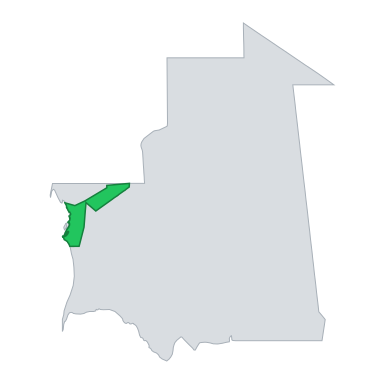 location of Chami, Inchiri, Mauritania
{"feature_id": "47542326B60250303477597", "entity_name": "Chami", "entity_type": "district", "adm_level": 2, "iso_a3": "MRT", "parent_name": "Mauritania", "parent_adm1": "Inchiri", "projection": "robinson", "projection_center": [-16.149, 20.164], "detail": "fine", "context": "in_parent", "style": "filled", "palette": "green", "viewbox_px": 384, "rotation_deg": 0, "n_neighbors": 0, "source": "geoboundaries", "source_scale": "gbopen_adm2", "svg_char_len": 5653}
<svg xmlns="http://www.w3.org/2000/svg" viewBox="0 0 384 384"><path d="M162.7,359.2L162.2,359.0L159.7,357.1L158.5,354.8L156.5,353.0L153.7,351.9L151.9,350.6L151.1,349.1L150.1,348.1L149.0,347.6L148.9,347.0L149.2,346.3L148.9,344.9L147.3,341.9L145.8,340.5L144.5,340.7L143.8,340.3L143.4,339.7L143.2,338.7L142.3,337.8L140.8,337.5L139.6,335.2L138.6,331.1L137.4,327.9L136.0,325.6L134.9,324.7L134.1,324.5L133.9,324.2L133.7,323.5L132.5,323.3L130.9,324.0L129.5,323.7L128.8,322.6L127.8,322.5L126.5,323.4L125.2,323.2L123.6,321.7L122.8,320.2L122.6,318.8L120.0,315.9L115.0,311.5L109.5,309.5L103.5,309.7L100.2,309.5L99.5,308.9L98.7,308.9L98.0,309.7L97.2,309.9L96.4,309.4L95.9,309.8L95.7,310.9L93.6,311.5L89.6,311.5L86.4,312.2L83.9,313.5L80.5,314.1L76.0,313.9L73.3,313.4L72.4,312.6L71.1,312.4L69.4,312.8L67.9,315.0L66.6,318.9L65.5,321.1L64.6,321.6L63.7,324.5L63.2,329.4L62.4,331.5L62.4,319.4L63.7,314.9L64.1,310.9L66.9,302.2L70.1,295.0L73.2,285.5L74.3,276.3L73.9,267.2L73.0,259.2L71.5,253.9L70.0,246.2L67.8,242.2L63.9,238.6L63.0,236.6L63.9,235.8L66.3,235.3L67.9,232.5L64.6,233.6L68.4,225.1L69.5,219.3L69.4,215.6L70.1,213.2L67.2,208.2L65.0,201.8L63.8,200.8L62.6,200.2L62.5,201.7L61.9,203.1L60.5,202.3L58.0,197.6L54.6,190.1L53.3,189.3L52.3,190.4L51.7,191.4L50.5,197.6L50.2,195.1L50.7,192.2L51.5,188.6L52.5,183.5L55.5,183.5L60.8,183.5L71.5,183.5L76.9,183.5L87.6,183.5L92.9,183.5L103.6,183.5L109.0,183.5L119.7,183.5L125.0,183.4L135.7,183.4L141.0,183.4L144.6,183.4L144.3,179.8L144.2,177.0L143.9,173.2L143.7,169.4L143.4,165.6L143.2,162.0L143.0,158.5L142.8,155.1L142.6,152.1L142.3,150.4L141.1,146.9L140.9,145.2L141.2,143.4L141.9,141.7L144.0,138.5L147.1,136.1L150.7,133.3L153.5,131.2L154.9,130.7L159.2,130.0L162.6,128.4L166.0,126.8L167.3,125.9L167.5,123.0L167.0,57.8L183.3,57.8L187.6,57.8L217.8,57.8L222.1,57.8L244.0,57.8L243.9,54.7L243.9,50.3L243.8,44.3L243.6,38.2L243.4,27.5L243.4,23.0L247.7,26.0L256.5,32.0L260.9,35.0L269.7,40.9L278.5,46.9L287.3,52.8L291.7,55.8L296.1,58.8L300.5,61.8L304.9,64.8L313.8,70.7L317.5,73.2L323.2,77.2L328.5,81.0L333.8,84.8L325.7,84.8L314.9,84.8L307.5,84.8L299.9,84.8L292.8,84.8L293.5,90.9L294.3,97.6L295.1,104.3L295.8,111.0L296.6,117.7L298.9,137.8L299.7,144.5L300.4,151.2L301.2,157.9L302.0,164.6L303.5,178.0L304.3,184.7L305.1,191.4L305.8,198.1L306.6,204.8L307.4,211.5L308.9,224.9L309.7,231.6L310.4,238.3L311.2,245.0L312.0,251.7L312.7,258.4L313.5,265.1L314.2,271.8L315.8,285.2L316.5,291.9L317.3,298.6L318.1,305.3L318.8,311.8L321.7,315.2L325.2,319.5L324.3,325.6L323.2,332.8L322.0,340.7L312.2,340.7L302.6,340.7L278.6,340.7L273.8,340.7L249.8,340.7L245.0,340.7L235.7,340.7L232.9,340.5L231.9,339.9L231.5,335.8L230.7,336.1L229.8,337.3L229.3,338.6L229.5,340.3L229.3,341.8L226.3,342.3L222.1,343.3L217.7,344.0L213.3,343.8L211.8,343.4L210.1,342.9L206.6,342.3L204.7,342.2L202.5,342.4L199.9,342.7L199.1,343.5L197.2,346.5L195.3,350.0L194.0,350.0L192.6,348.1L188.8,344.4L184.1,339.6L182.0,337.2L180.9,336.9L178.7,338.7L176.8,340.3L174.9,342.6L174.0,344.9L173.3,347.5L173.0,350.6L172.3,354.2L170.7,357.1L168.8,359.4L167.4,360.4L166.8,361.0L162.7,359.2ZM66.3,227.3L64.8,229.9L64.1,228.9L63.8,227.2L65.2,224.7L65.8,223.4L67.0,223.0L66.3,227.3Z" fill="#d9dde1" stroke="#a8b0b8" stroke-width="1"/><path d="M118.2,195.1L118.8,194.5L124.0,190.8L124.7,190.5L126.2,189.2L129.2,187.0L129.2,186.5L129.3,185.8L129.4,183.4L106.8,185.4L106.8,187.8L85.6,200.5L84.5,201.1L74.9,205.6L64.9,202.8L65.1,203.4L65.4,203.8L65.6,204.1L66.0,204.6L66.2,205.0L66.3,205.3L66.4,205.8L66.5,206.4L66.6,206.7L66.6,207.1L66.9,207.6L67.1,207.8L67.1,208.2L66.9,208.2L67.3,208.9L67.4,209.0L67.6,209.1L67.7,209.4L67.8,209.8L68.0,210.2L68.1,210.6L68.4,210.7L69.0,212.1L69.2,211.9L69.6,211.9L69.9,212.2L70.1,212.8L70.6,213.6L70.6,214.6L70.1,215.0L70.0,215.4L69.9,215.8L69.7,216.1L69.4,216.3L69.1,216.2L69.1,216.5L69.3,216.5L69.5,217.1L69.7,217.3L69.8,217.4L69.7,217.7L69.7,218.1L69.9,218.1L70.1,218.2L70.1,218.4L69.9,218.6L69.9,218.9L69.9,219.1L69.8,219.4L69.9,219.7L69.9,219.9L69.4,220.6L67.9,222.1L67.9,222.4L68.1,222.7L68.4,222.8L68.8,222.6L69.1,222.5L69.3,223.0L69.2,223.2L69.1,223.4L69.2,223.7L69.3,223.5L69.4,223.2L69.5,223.3L69.5,223.6L69.5,223.8L69.5,224.5L69.6,224.8L69.5,225.2L69.4,225.4L69.2,225.8L69.0,226.0L68.7,226.3L68.7,226.6L68.8,226.8L68.6,227.3L68.4,227.8L68.1,228.2L68.2,227.7L68.0,227.8L67.8,228.1L67.4,228.4L67.3,228.6L67.2,228.9L67.2,229.1L67.2,229.4L67.0,229.7L66.7,229.8L66.6,230.0L66.5,230.4L66.5,230.6L65.9,231.5L65.7,231.8L65.6,232.0L65.4,232.3L65.3,232.7L65.1,233.3L64.9,233.9L64.5,234.5L64.3,235.2L64.8,235.3L64.9,235.5L65.1,235.3L65.2,234.5L65.2,233.5L65.5,233.3L66.0,233.0L66.2,232.7L66.4,232.5L66.5,232.3L66.7,232.2L66.8,232.1L67.0,232.0L66.9,232.2L66.8,232.6L66.5,233.2L66.2,233.6L66.1,233.8L66.1,234.0L66.4,233.8L66.7,233.4L66.8,233.2L67.0,232.8L67.3,232.6L67.5,232.4L67.7,232.2L67.9,232.0L68.0,231.9L68.2,231.7L68.3,231.7L68.5,231.7L68.6,231.9L68.6,232.1L68.5,232.3L68.3,232.6L68.2,232.8L68.1,233.1L68.0,233.5L67.8,233.8L67.6,234.1L67.4,234.4L67.2,234.6L67.0,234.9L66.6,235.2L66.4,235.5L66.0,235.7L66.0,235.8L65.8,235.9L65.7,235.9L65.5,236.0L65.3,236.2L64.8,236.4L64.7,236.5L64.4,236.4L64.1,236.1L63.9,236.2L63.6,235.9L63.4,236.0L62.8,236.1L62.7,236.1L62.6,236.4L62.8,236.5L62.8,237.2L63.4,237.2L63.5,237.5L63.6,237.9L63.9,238.5L64.0,238.8L64.2,239.3L64.2,239.6L64.8,240.0L65.1,240.1L65.6,240.3L65.9,240.6L66.0,240.7L66.4,240.8L66.6,241.0L66.9,241.2L67.2,241.5L67.4,241.7L67.7,242.3L67.8,242.5L68.0,242.7L68.2,243.0L68.4,243.3L68.7,243.8L69.0,244.1L69.1,244.4L69.3,244.9L69.7,246.1L69.8,246.2L69.9,246.4L79.1,246.3L84.0,227.2L84.6,219.7L85.1,213.1L86.0,202.6L95.8,211.0L111.9,199.5L113.9,198.0L118.2,195.1Z" fill="#22c55e" stroke="#15803d" stroke-width="1.5"/></svg>